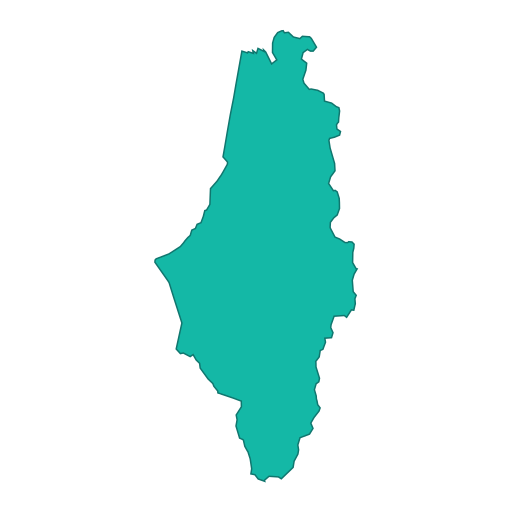 outline of Caguas, Puerto Rico
{"feature_id": "32010507B56185542285992", "entity_name": "Caguas", "entity_type": "district", "adm_level": 2, "iso_a3": "PRI", "parent_name": "Puerto Rico", "parent_adm1": "", "projection": "equal_earth", "projection_center": [-66.043, 18.213], "detail": "fine", "context": "isolated", "style": "filled", "palette": "teal", "viewbox_px": 512, "rotation_deg": 0, "n_neighbors": 0, "source": "geoboundaries", "source_scale": "gbopen_adm2", "svg_char_len": 2452}
<svg xmlns="http://www.w3.org/2000/svg" viewBox="0 0 512 512"><path d="M241.9,51.1L235.8,85.3L235.6,86.5L233.7,97.6L230.4,114.3L227.3,131.9L224.7,147.3L223.0,156.9L227.5,162.0L227.4,164.2L223.0,172.1L220.8,175.8L220.2,176.5L217.1,181.1L210.5,188.6L209.9,204.4L206.6,210.0L204.8,210.6L203.3,216.5L201.0,222.7L197.1,224.3L195.4,228.5L191.8,230.1L190.2,235.5L187.9,237.5L185.0,240.8L183.6,242.8L180.3,246.6L169.0,253.9L156.2,258.8L155.1,260.0L154.9,262.2L167.8,280.6L169.1,282.6L173.3,296.1L181.9,323.0L176.2,349.0L180.4,353.6L183.3,353.0L190.2,356.6L193.1,354.6L196.2,360.0L199.6,363.3L200.2,368.1L208.1,379.0L212.8,383.5L213.9,386.3L217.8,391.1L217.9,392.9L233.0,398.0L241.3,401.1L241.4,406.8L236.2,415.0L237.1,419.8L236.0,426.0L239.6,438.1L242.7,439.5L243.4,440.1L244.8,446.3L247.4,451.0L247.9,451.6L250.2,458.8L251.7,468.8L250.9,473.9L254.9,474.7L258.2,479.0L264.7,481.3L264.4,480.3L269.0,476.3L278.4,476.9L281.3,478.8L293.1,467.4L294.1,461.2L297.9,454.1L298.6,449.8L297.8,445.0L300.0,437.7L309.5,434.1L313.0,428.4L310.8,423.1L314.0,417.5L319.0,411.1L320.1,407.9L317.7,404.7L317.0,400.9L316.4,399.0L316.2,395.9L314.4,389.7L316.1,383.8L318.8,381.8L319.5,378.3L316.0,367.0L315.9,362.6L315.7,361.5L319.2,356.9L320.2,350.5L322.9,349.3L325.5,342.2L324.8,338.2L331.5,337.7L333.0,332.7L330.7,327.6L331.1,324.6L334.1,316.2L344.3,315.5L346.6,317.3L351.4,309.9L353.8,310.2L355.3,303.7L354.9,298.8L356.2,295.3L353.2,291.7L352.3,280.2L354.1,274.1L357.1,268.9L356.1,268.7L352.6,262.6L352.8,252.3L353.8,248.2L354.1,244.2L352.0,242.0L348.7,241.7L347.7,242.6L345.1,242.6L339.6,239.0L335.0,237.1L330.5,228.5L330.1,227.3L330.4,222.3L333.8,217.8L337.2,215.0L339.5,208.5L339.4,202.4L339.2,198.4L337.2,191.9L335.2,190.4L333.4,190.7L328.6,183.5L330.6,176.8L335.0,170.8L334.6,163.5L330.1,148.0L328.9,140.3L329.6,138.4L334.5,137.2L339.6,135.1L340.5,131.5L336.9,129.0L336.5,124.8L337.6,123.0L338.5,122.1L338.8,117.6L339.6,111.0L338.9,107.7L336.2,106.6L331.6,103.1L324.5,101.1L324.1,94.4L323.4,93.2L317.7,90.3L311.1,89.0L309.3,89.4L304.0,83.2L302.8,79.3L305.9,70.2L306.7,63.2L301.4,59.1L303.1,52.6L307.4,49.4L310.4,51.1L313.2,51.1L316.5,47.2L311.3,38.4L309.6,36.8L302.4,36.3L299.9,38.6L293.4,37.0L288.4,32.3L284.4,32.8L283.2,30.7L281.5,30.9L277.7,32.6L274.2,37.4L272.6,43.1L272.5,52.5L276.8,59.9L271.6,63.9L265.7,52.0L263.7,50.0L264.0,51.4L258.0,48.4L256.5,53.3L252.8,50.6L253.4,53.4L248.2,51.7L247.5,52.9L241.9,51.1Z" fill="#14b8a6" stroke="#0f766e" stroke-width="1.5"/></svg>